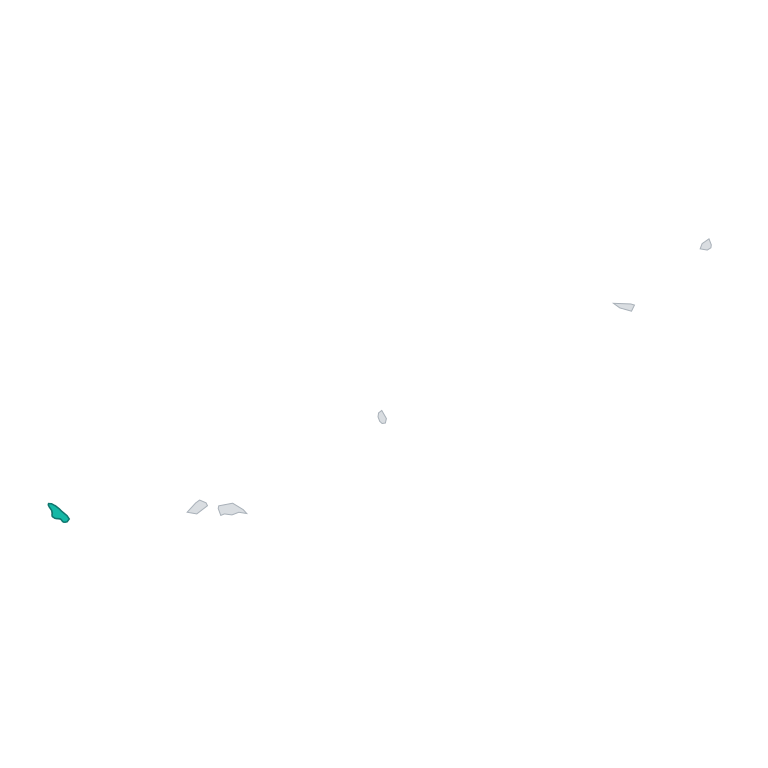 Northern Mariana Islands, with Rota highlighted, rotated 62°
{"feature_id": "MNP-4937", "entity_name": "Rota", "entity_type": "state/province", "adm_level": 1, "iso_a3": "MNP", "parent_name": "Northern Mariana Islands", "parent_adm1": "", "projection": "mercator", "projection_center": [145.214, 14.157], "detail": "fine", "context": "in_parent", "style": "filled", "palette": "teal", "viewbox_px": 768, "rotation_deg": 62, "n_neighbors": 0, "source": "natural_earth", "source_scale": "10m", "svg_char_len": 1058}
<svg xmlns="http://www.w3.org/2000/svg" viewBox="0 0 768 768"><g transform="rotate(62 384 384)"><path d="M423.8,585.9L423.4,589.8L416.0,588.8L414.0,587.1L418.2,573.6L428.8,567.3L433.9,566.0L429.1,572.4L428.2,579.7L423.8,585.9ZM410.8,610.3L404.8,618.0L400.6,606.1L399.9,601.3L405.4,596.9L408.6,597.0L410.8,610.3ZM353.2,732.0L346.0,739.0L340.8,737.6L337.6,735.2L336.8,731.2L348.5,727.3L353.3,728.7L353.2,732.0ZM427.5,140.1L420.5,143.5L429.2,128.5L431.9,125.8L435.9,131.3L427.5,140.1ZM417.5,35.7L413.1,41.4L409.4,37.2L408.4,28.9L414.8,29.7L417.2,31.4L417.5,35.7ZM418.0,404.2L414.9,405.3L410.2,404.7L407.0,402.4L406.3,398.4L415.6,398.1L419.1,401.1L418.0,404.2Z" fill="#d9dde1" stroke="#a8b0b8" stroke-width="1"/><path d="M344.6,728.5L351.4,725.7L355.4,725.3L356.9,728.5L356.4,730.3L355.7,731.6L354.5,732.4L352.5,732.6L351.0,733.2L350.0,734.7L349.1,736.4L348.0,737.7L345.2,739.1L343.7,738.6L342.3,737.5L339.7,736.8L335.4,737.3L333.1,737.2L332.1,736.3L333.7,733.7L337.6,731.2L341.8,729.3L344.6,728.5Z" fill="#14b8a6" stroke="#0f766e" stroke-width="1.5"/></g></svg>